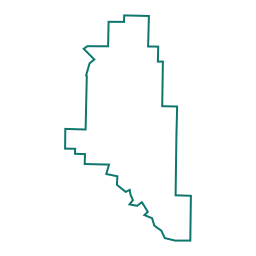 the district of Monroe, Arkansas, United States of America
{"feature_id": "52423323B23771932588071", "entity_name": "Monroe", "entity_type": "district", "adm_level": 2, "iso_a3": "USA", "parent_name": "United States of America", "parent_adm1": "Arkansas", "projection": "robinson", "projection_center": [-91.218, 34.67], "detail": "fine", "context": "isolated", "style": "outline", "palette": "teal", "viewbox_px": 256, "rotation_deg": 0, "n_neighbors": 0, "source": "geoboundaries", "source_scale": "gbopen_adm2", "svg_char_len": 732}
<svg xmlns="http://www.w3.org/2000/svg" viewBox="0 0 256 256"><path d="M87.4,46.2L83.7,48.8L94.3,59.5L89.6,63.3L86.1,75.4L86.8,76.1L85.6,129.5L65.3,128.9L65.1,148.6L75.1,148.8L75.0,153.8L85.0,154.1L84.7,164.0L109.0,164.6L106.3,174.0L117.4,176.3L116.9,184.8L125.7,191.9L129.7,189.9L130.5,194.6L132.9,200.2L129.5,204.4L137.1,205.8L141.9,202.2L147.8,211.8L144.4,215.1L152.1,218.2L154.3,225.5L154.5,225.8L155.4,226.3L155.9,226.7L156.5,227.3L161.3,230.6L164.8,238.1L175.2,240.6L190.3,240.6L190.9,195.8L175.6,195.3L176.4,136.3L176.9,116.6L177.1,106.5L162.2,106.2L162.9,61.6L157.9,61.6L158.2,46.6L148.1,46.5L148.9,16.0L132.4,15.6L124.2,15.4L124.0,21.9L108.6,21.8L108.1,46.3L87.4,46.2Z" fill="none" stroke="#0f766e" stroke-width="2"/></svg>